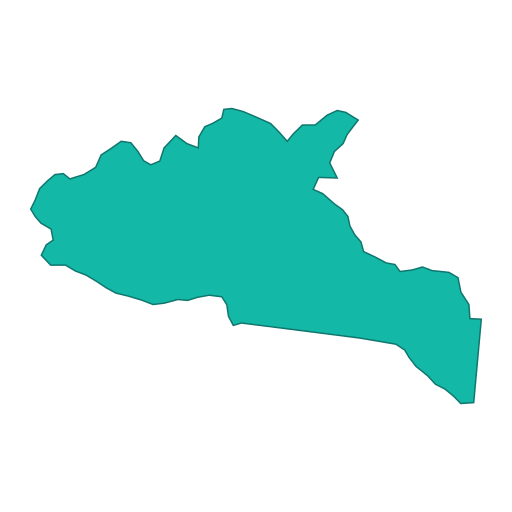 Arara, Paraíba, Brazil
{"feature_id": "56859067B48385151436783", "entity_name": "Arara", "entity_type": "district", "adm_level": 2, "iso_a3": "BRA", "parent_name": "Brazil", "parent_adm1": "Paraíba", "projection": "robinson", "projection_center": [-35.733, -6.862], "detail": "fine", "context": "isolated", "style": "filled", "palette": "teal", "viewbox_px": 512, "rotation_deg": 0, "n_neighbors": 0, "source": "geoboundaries", "source_scale": "gbopen_adm2", "svg_char_len": 1395}
<svg xmlns="http://www.w3.org/2000/svg" viewBox="0 0 512 512"><path d="M65.5,265.1L75.2,270.9L86.3,275.2L96.6,281.4L106.2,287.8L115.9,293.1L128.3,296.1L141.9,300.2L153.0,304.5L164.1,303.2L178.0,299.5L187.7,300.4L197.2,297.4L209.1,295.2L221.8,296.8L226.8,304.7L228.5,316.4L233.3,325.4L241.4,323.0L359.3,338.0L395.9,344.2L404.7,350.0L409.0,357.3L415.9,366.3L427.8,375.9L435.4,384.2L445.0,389.1L453.6,396.2L460.8,403.5L473.7,402.6L481.3,319.2L469.9,318.6L468.9,304.5L460.9,292.2L458.0,277.7L449.0,272.4L440.9,271.5L432.0,270.6L422.5,267.0L412.0,270.0L400.0,271.5L394.9,264.5L386.1,262.9L375.1,257.0L363.6,251.6L361.0,242.0L354.7,234.7L349.9,226.0L347.9,216.5L342.5,209.7L334.4,203.9L322.8,193.7L313.2,189.4L318.6,177.4L337.2,178.0L329.7,162.9L334.4,151.5L343.1,143.6L347.1,134.6L352.6,127.3L358.2,120.1L345.8,112.4L337.2,110.5L327.1,115.2L315.2,125.0L302.4,125.0L293.6,133.6L287.2,141.3L278.8,131.8L270.6,123.5L254.1,116.2L243.0,111.5L231.9,108.5L223.8,109.4L221.8,118.1L212.4,123.5L204.8,126.7L198.8,137.0L198.3,147.9L186.9,143.6L175.8,135.5L164.1,147.9L159.8,161.1L150.8,164.8L143.6,160.7L137.8,151.3L130.8,142.7L121.2,141.3L111.0,148.5L101.2,154.9L95.7,167.3L83.8,174.6L69.8,178.9L63.3,173.6L54.9,174.6L47.6,180.8L39.7,188.5L35.0,200.5L30.7,209.1L35.4,216.8L41.0,223.2L51.1,229.1L53.2,240.1L46.3,244.8L41.3,255.2L50.6,265.1L65.5,265.1Z" fill="#14b8a6" stroke="#0f766e" stroke-width="1.5"/></svg>